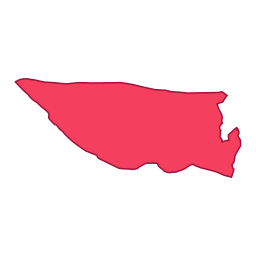 outline of Sikhottabong, Vientiane [prefecture], Laos
{"feature_id": "54806243B78936618260326", "entity_name": "Sikhottabong", "entity_type": "district", "adm_level": 2, "iso_a3": "LAO", "parent_name": "Laos", "parent_adm1": "Vientiane [prefecture]", "projection": "equal_earth", "projection_center": [102.525, 18.0], "detail": "fine", "context": "isolated", "style": "filled", "palette": "rose", "viewbox_px": 256, "rotation_deg": 0, "n_neighbors": 0, "source": "geoboundaries", "source_scale": "gbopen_adm2", "svg_char_len": 2331}
<svg xmlns="http://www.w3.org/2000/svg" viewBox="0 0 256 256"><path d="M227.1,95.6L222.4,91.9L221.0,91.9L218.6,92.5L202.8,92.8L187.2,93.1L180.5,92.3L171.5,91.7L165.6,90.3L155.4,89.7L147.2,88.0L143.1,87.1L132.5,84.5L120.9,82.6L103.3,82.9L90.8,83.0L79.2,82.6L67.2,83.8L61.8,83.5L57.2,83.0L52.5,82.6L44.7,82.1L41.5,81.5L35.4,80.1L30.0,79.3L27.1,78.8L23.3,78.9L19.7,79.6L17.7,80.6L15.5,81.7L15.4,82.1L17.1,83.6L19.4,86.2L23.4,90.3L25.6,92.3L28.3,94.7L29.4,96.3L31.1,98.2L33.3,100.1L34.8,101.2L36.9,102.4L41.0,106.4L46.1,110.5L47.8,112.2L49.1,113.9L48.7,115.6L48.7,117.5L49.2,118.9L50.2,119.9L51.9,121.8L54.4,124.4L55.2,124.7L56.2,124.7L57.5,126.2L58.6,127.7L59.3,128.9L62.6,131.3L65.0,134.4L70.1,139.2L72.9,141.7L77.4,145.1L82.8,148.9L86.0,151.0L95.1,154.6L96.8,155.4L97.7,157.4L99.2,158.7L104.6,161.3L118.8,168.2L121.8,168.7L126.6,168.9L130.7,169.1L133.6,169.4L137.4,168.5L139.2,166.9L142.9,164.9L144.7,163.8L147.0,163.2L149.7,163.1L156.5,163.2L157.2,163.3L157.4,163.3L158.4,165.8L160.1,167.6L162.5,169.4L164.6,171.3L167.3,172.3L169.8,172.7L172.7,172.2L176.0,172.0L177.6,171.5L179.0,170.8L180.6,170.5L184.2,169.0L187.4,166.9L189.7,165.4L192.2,164.3L193.1,164.4L195.4,165.7L200.3,167.6L211.1,170.4L215.1,171.5L215.5,171.6L220.6,173.7L223.7,175.1L225.7,175.7L228.4,176.3L228.9,176.4L231.5,177.2L233.3,171.3L233.7,170.0L233.9,169.3L233.7,168.8L233.1,168.5L232.9,168.0L232.2,166.4L232.1,165.2L232.5,164.0L233.3,162.9L234.1,161.7L234.1,160.2L234.7,158.6L234.8,156.9L235.2,155.4L235.9,153.8L237.2,151.7L238.6,149.1L239.9,147.0L240.6,145.4L240.6,143.7L240.5,142.1L240.3,140.1L239.3,138.3L237.9,135.9L237.8,135.1L238.5,134.4L238.9,133.5L238.9,131.7L238.4,130.6L238.1,130.2L237.8,129.9L237.6,130.0L237.4,130.2L237.2,129.9L237.4,129.6L237.7,129.5L237.9,129.3L237.8,129.1L237.7,128.7L237.4,128.2L236.8,127.8L236.5,127.7L235.2,128.7L233.8,130.0L231.4,132.1L230.3,133.1L229.2,134.1L228.3,135.2L228.5,137.7L228.6,139.1L228.9,140.3L225.7,140.7L223.6,141.3L222.2,142.0L222.2,140.6L221.4,138.9L219.8,136.4L220.7,133.9L220.2,133.0L220.1,132.3L220.9,130.6L219.9,129.6L219.5,127.1L220.4,125.4L221.4,124.2L222.5,123.0L221.8,121.6L221.8,120.3L222.2,117.6L222.0,115.9L221.6,114.4L220.9,113.1L219.8,111.1L218.6,108.6L217.1,104.1L219.0,103.1L222.0,102.3L222.8,101.9L224.3,99.3L225.7,97.4L227.1,95.6Z" fill="#f43f5e" stroke="#9f1239" stroke-width="1.5"/></svg>